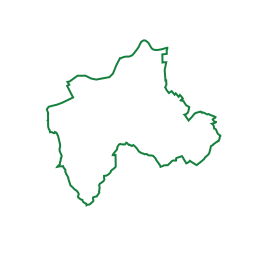 the district of Harau, Hunedoara, Romania, rotated 136°
{"feature_id": "2599482B17329602962763", "entity_name": "Harau", "entity_type": "district", "adm_level": 2, "iso_a3": "ROU", "parent_name": "Romania", "parent_adm1": "Hunedoara", "projection": "mercator", "projection_center": [22.984, 45.914], "detail": "fine", "context": "isolated", "style": "outline", "palette": "green", "viewbox_px": 256, "rotation_deg": 136, "n_neighbors": 0, "source": "geoboundaries", "source_scale": "gbopen_adm2", "svg_char_len": 5550}
<svg xmlns="http://www.w3.org/2000/svg" viewBox="0 0 256 256"><g transform="rotate(136 128 128)"><path d="M72.4,56.0L72.0,55.7L71.6,55.7L71.0,56.2L70.6,56.4L70.0,56.5L69.7,56.6L69.2,57.0L68.8,57.4L68.6,57.6L68.4,57.7L67.9,57.8L67.5,57.9L67.1,58.1L66.9,58.3L66.8,58.5L67.1,59.0L67.1,59.4L67.3,60.3L67.3,61.7L67.1,62.3L67.1,62.5L66.8,63.2L66.4,64.1L66.3,64.4L66.1,65.1L65.7,66.0L66.4,67.8L65.3,69.1L64.6,70.9L64.4,71.9L64.7,72.8L64.2,72.6L63.1,71.9L62.2,71.5L61.0,71.0L60.5,71.3L61.5,72.6L61.1,75.3L60.2,75.4L58.8,74.9L57.8,74.9L57.5,75.0L57.8,76.1L58.4,77.4L59.9,80.6L60.3,82.0L61.4,82.5L62.4,85.0L62.7,86.0L63.2,86.8L63.8,88.0L64.3,87.8L64.6,89.6L65.3,89.8L66.8,90.8L68.0,91.2L68.5,91.7L69.6,92.0L71.0,92.0L74.0,91.6L79.2,91.3L78.9,92.7L78.8,94.3L78.6,94.8L78.5,96.1L78.1,96.6L78.2,98.4L76.2,97.5L74.2,97.5L73.0,98.1L69.4,100.5L70.4,104.0L69.8,107.2L69.4,108.7L69.6,109.2L69.6,109.9L70.6,110.6L70.9,111.2L70.4,111.3L68.4,111.3L68.1,111.1L67.8,112.5L67.7,115.7L69.9,115.3L69.6,119.8L70.4,119.8L71.3,119.6L71.0,124.2L74.3,124.8L73.8,128.9L73.5,129.7L73.3,130.1L73.1,131.0L73.1,131.4L72.6,131.6L72.2,131.6L71.8,131.9L71.0,132.2L70.3,132.5L69.9,132.9L67.5,135.7L68.1,136.1L61.4,144.2L55.3,148.4L54.8,148.7L56.7,150.5L57.7,151.1L52.2,157.1L48.6,154.4L46.3,156.9L44.7,157.7L44.0,158.4L44.7,158.9L45.9,159.5L47.1,160.2L49.2,161.3L50.4,162.1L51.7,163.0L52.7,163.8L53.3,164.3L53.7,164.8L54.2,165.3L54.7,166.0L55.3,166.9L55.5,167.7L55.6,168.7L55.5,169.6L55.3,170.6L55.0,171.6L54.8,172.6L54.5,173.6L54.2,175.0L54.3,176.3L54.4,177.2L54.6,177.9L54.7,178.5L54.9,179.1L55.3,179.6L56.0,180.2L56.8,180.5L57.9,180.7L58.9,180.7L60.1,180.3L61.3,180.0L62.6,179.4L63.7,179.0L64.9,178.7L66.3,178.4L67.6,178.2L71.1,177.7L72.5,177.5L73.8,177.4L75.1,177.6L76.1,178.0L77.2,178.4L78.0,179.0L78.8,179.8L79.5,180.4L80.7,181.4L82.3,182.3L83.6,182.8L84.9,183.2L85.2,183.8L92.7,181.3L101.0,177.6L106.0,177.5L117.2,184.9L120.1,189.1L122.3,195.2L128.0,200.7L137.6,202.0L139.5,203.2L140.2,199.9L142.5,200.6L143.4,197.7L146.3,188.1L157.5,191.8L158.1,192.0L159.2,192.5L162.2,193.8L163.4,194.4L165.9,195.9L170.4,198.4L173.4,197.8L174.3,196.0L174.9,194.5L175.4,193.8L175.6,193.9L175.7,193.7L176.9,192.5L177.3,192.2L177.8,191.5L178.6,190.7L179.6,189.5L180.0,189.3L180.5,189.3L180.5,188.7L183.6,185.4L184.6,184.3L185.7,182.2L185.7,181.4L186.2,180.4L186.7,179.7L187.0,179.1L186.8,179.0L186.4,178.6L185.6,177.9L185.4,177.1L185.1,176.1L184.9,175.8L184.3,175.3L183.8,175.4L183.7,175.6L183.6,175.8L183.4,175.9L183.1,175.0L182.8,174.6L182.8,174.3L183.1,172.9L183.3,172.4L183.7,171.7L183.8,171.0L185.1,168.7L186.6,166.2L188.4,163.2L190.1,161.4L191.6,160.7L193.2,158.8L194.5,155.4L195.0,154.0L197.1,152.7L197.3,152.9L197.9,152.4L198.5,151.8L199.6,151.0L200.4,150.8L202.0,149.4L202.3,149.3L205.5,149.3L205.9,149.2L203.4,147.6L202.7,146.9L202.5,146.6L201.2,145.6L201.9,144.2L201.9,142.9L202.3,141.0L203.4,140.3L203.9,139.0L204.1,138.2L204.6,137.5L204.6,136.6L205.5,133.6L206.1,133.1L206.8,131.6L207.6,130.1L209.3,126.5L209.2,126.3L209.2,125.9L209.0,125.2L209.1,124.9L209.1,124.4L209.1,124.0L209.0,122.8L209.1,121.9L209.0,120.7L208.9,120.5L208.8,119.9L208.8,119.5L208.5,118.7L208.5,117.6L208.6,117.2L208.8,116.9L208.8,116.5L208.8,116.1L209.0,115.4L209.4,114.6L209.9,114.3L211.6,113.5L212.0,112.8L211.8,112.0L211.9,111.3L211.8,110.8L211.7,109.6L210.7,108.0L211.5,106.7L211.5,105.5L211.4,104.8L210.7,102.6L211.5,101.3L211.0,101.2L210.7,101.1L209.2,100.0L207.8,99.5L206.5,99.6L204.2,99.4L203.0,100.1L202.1,101.8L201.1,102.3L200.1,101.7L199.3,101.4L198.3,100.7L197.7,100.5L196.6,100.9L195.2,101.1L193.6,101.4L192.8,102.7L192.2,102.9L191.5,103.4L191.0,104.0L190.5,104.2L189.7,105.0L189.4,105.4L188.7,106.7L188.4,107.0L188.2,107.0L186.9,107.5L186.5,107.4L184.8,107.1L183.8,106.9L182.9,106.8L181.0,107.2L180.6,107.5L179.6,109.1L179.0,109.6L178.5,110.2L177.5,109.5L176.4,108.6L174.6,108.3L172.8,108.1L172.1,108.3L171.4,108.3L170.8,108.5L170.0,109.0L169.5,108.9L168.4,109.0L166.6,108.6L165.9,108.7L165.3,108.6L164.7,108.6L164.2,108.6L163.7,108.8L163.1,109.3L155.7,117.3L157.1,118.3L157.8,119.0L156.7,119.5L155.7,119.6L154.0,119.9L152.3,120.0L150.9,120.2L150.2,120.4L149.7,121.2L148.3,121.9L147.2,122.1L146.2,122.3L145.9,122.3L145.4,122.2L145.0,122.1L144.7,122.0L144.7,121.7L144.1,121.0L143.8,120.6L143.4,120.2L142.9,119.4L142.7,119.2L142.2,119.0L141.9,118.8L141.8,118.5L141.5,118.4L141.3,118.3L140.9,118.3L140.6,118.3L139.7,118.6L139.4,118.7L139.2,118.4L139.2,118.5L139.2,118.3L139.1,117.9L139.2,117.7L139.1,117.4L139.2,115.3L138.3,114.7L138.3,114.4L138.3,113.7L138.1,113.3L137.4,112.7L137.5,112.3L136.0,112.0L135.8,110.6L135.8,109.2L135.8,107.2L136.3,104.6L136.5,103.6L136.3,102.6L136.0,102.0L135.9,101.1L135.4,100.1L134.5,98.4L134.3,97.6L132.6,96.2L132.3,94.2L130.3,92.0L129.3,90.7L129.3,87.0L129.8,85.8L130.3,83.3L130.3,82.0L130.5,81.6L130.9,78.9L131.1,78.3L131.6,77.5L129.5,76.5L128.1,76.2L127.0,75.1L126.1,74.6L125.5,73.8L124.9,73.6L123.7,73.7L122.4,73.6L119.3,73.7L118.3,73.3L117.6,72.9L116.1,71.2L115.7,71.4L114.9,72.4L114.2,72.8L113.9,72.8L112.5,72.0L108.7,70.2L109.3,67.4L109.6,66.7L109.7,66.0L109.8,65.7L110.0,65.3L110.0,65.0L110.0,64.6L110.1,64.1L110.3,63.3L110.6,62.6L110.7,62.1L110.2,61.9L109.5,61.7L108.5,61.4L107.6,61.4L106.9,61.3L106.5,61.4L106.2,61.4L106.1,60.6L106.0,59.8L104.6,54.2L104.4,53.6L101.2,53.3L99.8,53.1L96.5,52.9L94.8,52.8L94.4,52.9L93.6,53.1L93.3,53.3L91.4,53.2L88.5,53.1L86.6,53.7L84.2,55.2L82.9,55.9L81.6,57.0L80.8,57.3L80.4,57.3L78.9,56.7L77.6,57.0L76.6,56.7L75.5,56.6L73.9,56.4L73.5,56.1L72.9,56.3L72.7,56.2L72.4,56.0Z" fill="none" stroke="#15803d" stroke-width="2"/></g></svg>